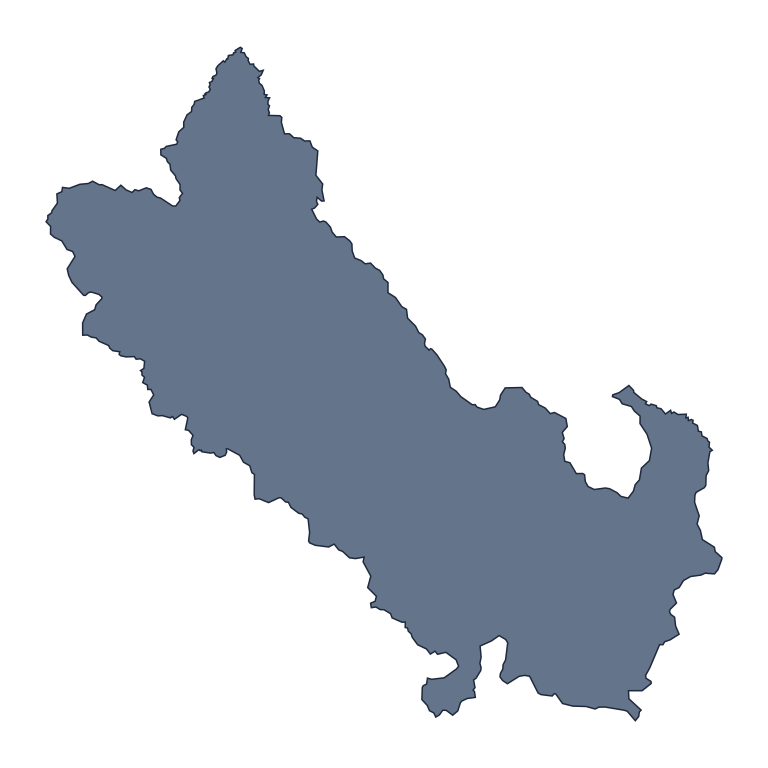 the district of Muong Nhe, Điện Biên, Vietnam
{"feature_id": "81297802B77284470547112", "entity_name": "Muong Nhe", "entity_type": "district", "adm_level": 2, "iso_a3": "VNM", "parent_name": "Vietnam", "parent_adm1": "Điện Biên", "projection": "mercator", "projection_center": [102.423, 22.263], "detail": "fine", "context": "isolated", "style": "filled", "palette": "slate", "viewbox_px": 768, "rotation_deg": 0, "n_neighbors": 0, "source": "geoboundaries", "source_scale": "gbopen_adm2", "svg_char_len": 6044}
<svg xmlns="http://www.w3.org/2000/svg" viewBox="0 0 768 768"><path d="M712.3,450.3L709.0,447.1L709.5,442.2L707.8,440.9L707.1,438.5L701.9,435.8L701.4,431.9L698.4,431.2L697.4,425.5L692.6,423.0L693.1,420.3L691.2,419.5L688.4,420.6L688.1,417.3L685.9,417.9L686.3,414.2L678.0,414.5L673.9,412.0L671.6,413.4L670.6,410.3L665.5,414.0L661.0,408.7L656.9,407.8L656.3,405.7L651.1,404.1L649.3,405.6L645.4,403.8L646.7,401.6L641.7,399.0L633.8,392.4L633.5,390.3L628.9,385.5L619.0,392.7L612.8,394.8L612.4,396.6L619.4,399.3L622.2,403.8L631.4,406.5L634.3,411.0L640.1,416.1L640.0,423.6L647.0,434.2L651.6,448.2L649.4,460.6L641.4,468.1L639.4,479.9L635.2,484.6L633.4,491.2L628.1,498.1L620.9,496.4L617.1,492.7L609.5,488.7L605.3,488.0L594.3,489.5L588.0,486.5L585.3,481.5L584.6,474.7L582.7,473.5L576.3,473.6L569.9,462.7L564.8,461.3L563.7,454.7L565.3,448.2L564.7,444.3L562.4,441.8L564.1,438.6L562.3,432.4L567.3,426.6L565.9,418.5L554.5,412.5L550.2,413.6L545.3,408.1L538.6,404.6L537.6,401.4L530.8,397.3L529.1,394.1L526.0,392.3L522.0,387.5L505.2,387.9L500.5,395.1L499.7,399.9L495.3,406.8L483.8,409.4L477.0,407.1L475.2,404.6L472.2,404.7L460.8,396.6L456.3,391.3L450.3,387.2L448.7,379.1L445.5,373.7L446.2,369.8L444.4,366.2L436.9,354.8L431.9,349.2L430.6,348.7L429.1,350.1L425.1,346.2L424.5,343.6L425.4,339.0L422.4,334.8L418.8,332.6L415.5,326.1L407.6,318.2L406.5,309.3L401.8,306.7L395.5,297.5L388.0,292.7L388.0,282.5L383.6,278.8L382.9,275.0L379.7,270.4L375.2,268.0L370.6,263.1L365.1,263.8L361.1,260.6L354.7,258.0L352.2,251.0L351.9,243.9L349.7,240.8L344.5,236.7L336.3,237.0L332.2,232.2L330.4,227.1L325.8,221.9L323.3,221.0L319.8,222.1L316.6,219.1L311.7,209.2L314.6,208.0L317.8,204.4L316.5,201.4L317.1,197.3L321.6,201.1L324.1,200.9L321.9,189.9L322.7,184.0L315.9,175.3L317.8,150.9L312.3,147.2L309.9,140.9L304.6,141.0L300.6,138.2L293.7,137.7L289.6,133.8L284.5,133.8L281.4,122.5L281.8,117.4L279.9,115.7L268.5,115.4L269.4,112.8L268.2,109.5L269.5,105.8L268.0,104.5L268.0,101.1L269.6,97.8L265.4,97.5L267.0,94.9L264.2,94.4L264.3,90.9L262.0,85.4L259.3,83.2L258.7,79.9L259.6,78.7L257.9,77.6L261.2,74.9L263.2,70.3L259.3,71.3L253.9,66.0L253.6,64.0L250.1,64.3L248.2,60.8L248.4,58.5L246.1,56.7L244.2,52.7L240.8,52.4L242.2,48.5L240.3,47.3L235.1,50.5L235.7,52.2L233.6,52.8L233.1,54.7L228.4,55.5L227.8,58.8L226.9,58.7L224.8,62.1L223.3,60.8L217.7,65.9L216.0,68.7L216.9,73.2L216.0,75.1L212.8,76.6L212.1,78.4L213.4,78.6L211.7,81.6L209.4,82.5L210.1,84.7L209.0,87.0L210.3,89.4L208.6,92.1L206.3,92.6L204.9,93.9L205.8,94.5L203.3,95.7L204.2,98.0L194.7,101.4L194.1,104.4L191.8,107.3L191.5,111.6L187.1,114.8L183.7,122.1L183.8,127.3L178.8,131.8L176.1,139.8L177.7,141.8L176.7,144.2L166.3,146.4L164.5,148.3L160.8,149.3L160.9,154.9L166.3,158.3L167.4,161.7L170.0,164.4L170.7,170.2L175.5,175.9L176.0,178.6L180.1,184.6L180.0,190.0L182.5,193.3L179.3,197.6L179.9,200.5L175.8,206.0L172.6,206.0L160.5,198.0L157.1,197.2L153.5,194.2L151.0,189.4L146.3,187.8L138.8,190.8L134.8,189.7L132.1,192.5L126.1,189.9L120.9,185.2L115.2,190.5L102.2,184.7L99.1,184.7L92.6,181.2L88.3,183.5L79.8,184.3L69.2,188.3L62.5,187.4L61.8,191.7L56.9,193.9L57.4,203.1L52.0,210.7L51.7,212.7L47.8,215.6L47.9,218.9L46.1,221.8L50.6,226.4L50.5,234.0L54.4,237.4L61.8,240.9L67.0,249.5L72.6,251.5L75.0,256.4L67.2,268.8L68.7,275.5L72.0,282.4L83.6,295.3L85.4,295.4L88.7,292.5L91.5,292.1L98.9,294.4L102.0,297.1L101.7,298.7L96.1,304.8L94.7,309.7L86.5,314.0L82.6,323.0L82.7,335.2L87.4,335.0L91.2,337.1L96.1,337.9L99.1,341.3L108.6,345.5L109.8,348.2L112.8,350.7L119.8,351.8L119.1,354.3L120.6,355.7L125.9,356.9L134.4,356.6L136.1,359.2L140.5,358.8L144.6,361.3L143.9,368.4L140.5,370.6L141.9,371.7L142.0,375.1L144.5,377.3L142.7,382.6L147.3,385.1L147.8,389.5L150.9,389.4L153.7,394.9L149.1,402.0L152.1,413.7L158.0,415.9L162.3,415.6L170.4,417.9L172.5,416.5L174.4,419.3L181.6,414.3L186.6,416.4L187.8,417.9L185.3,429.7L188.6,430.4L193.0,435.4L191.3,439.7L191.4,444.7L194.0,447.3L193.0,451.0L193.9,453.6L198.9,449.7L200.3,450.8L201.3,450.1L202.0,451.8L210.6,453.1L213.8,452.5L216.0,455.6L219.8,457.4L225.2,455.3L226.7,451.9L226.3,448.9L227.6,448.8L239.7,455.3L243.5,462.2L249.8,465.8L251.9,472.7L254.4,474.3L254.2,495.0L255.1,499.2L259.0,498.7L268.6,502.6L279.1,497.7L281.2,497.9L285.5,501.9L288.5,502.4L291.0,507.5L298.8,513.3L302.2,514.0L304.7,517.1L308.1,518.9L309.6,532.5L308.6,540.9L309.5,542.8L315.3,545.3L328.7,547.0L334.2,544.1L338.7,549.9L342.6,551.4L349.5,557.8L355.5,558.6L364.1,557.1L363.1,561.9L370.8,576.1L367.7,587.6L376.4,596.3L375.1,601.3L370.6,603.2L371.3,607.7L375.9,607.0L380.2,609.6L383.9,609.7L390.6,613.7L392.1,617.9L401.9,622.2L405.3,622.1L405.2,627.5L407.5,628.0L408.3,631.2L411.2,633.9L412.2,637.3L417.7,644.8L426.5,649.0L430.4,654.1L435.0,651.2L437.5,654.3L445.8,652.3L456.1,659.8L458.6,666.3L456.4,669.0L444.2,677.8L431.6,679.3L427.5,678.1L426.5,684.2L423.3,685.6L422.3,687.3L421.9,699.6L427.3,705.5L429.5,710.7L433.8,712.9L435.8,717.1L439.5,714.8L442.8,710.2L446.3,710.4L452.7,715.2L457.8,710.9L460.4,702.8L461.9,701.0L467.2,698.5L475.3,697.4L474.5,691.6L473.1,690.1L475.0,687.6L473.6,680.0L476.1,678.2L480.7,670.6L481.1,667.6L479.9,663.4L481.1,657.1L480.1,646.0L491.5,640.9L499.1,635.6L505.7,639.5L507.7,642.8L505.6,659.8L503.1,664.7L502.8,669.1L500.4,673.5L500.0,676.9L502.6,680.5L507.4,683.7L519.2,676.3L524.6,675.4L529.6,676.2L538.1,693.0L541.0,694.6L552.2,696.0L554.2,693.7L555.8,694.0L562.5,703.5L572.7,706.1L586.2,706.5L595.2,709.0L598.6,707.2L604.8,707.0L624.1,710.2L627.2,711.2L635.3,720.7L638.7,716.5L639.3,712.0L641.1,710.1L628.9,698.8L628.5,690.7L642.1,690.7L651.2,683.5L651.0,681.4L646.1,678.3L645.6,675.4L649.8,667.8L659.6,644.6L662.9,644.7L664.7,641.7L670.0,639.9L679.1,634.2L675.6,626.0L674.6,617.2L670.8,614.4L669.5,611.6L670.1,609.4L676.5,603.0L673.0,594.5L674.2,590.0L679.2,587.5L683.5,580.5L690.6,576.5L700.9,575.1L705.1,573.2L714.5,573.9L718.0,569.7L721.8,559.1L721.9,557.6L715.2,551.6L714.4,547.2L702.4,539.6L700.4,530.4L697.1,524.1L699.2,515.7L694.6,502.4L694.9,495.4L696.1,492.4L704.3,487.7L705.8,485.4L706.1,475.7L708.7,470.6L707.9,462.8L709.9,451.7L712.3,450.3Z" fill="#64748b" stroke="#1e293b" stroke-width="1.5"/></svg>